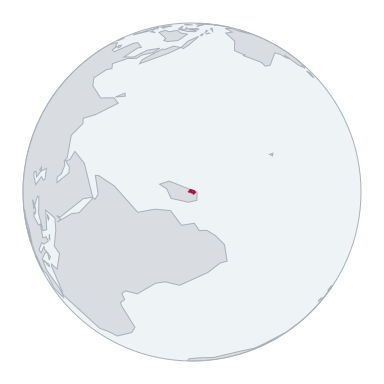 Atsimo-Atsinanana on an orthographic globe, rotated 273°
{"feature_id": "MDG-5867", "entity_name": "Atsimo-Atsinanana", "entity_type": "Autonomous Province", "adm_level": 1, "iso_a3": "MDG", "parent_name": "Madagascar", "parent_adm1": "", "projection": "orthographic", "projection_center": [47.076, -23.231], "detail": "fine", "context": "on_globe", "style": "filled", "palette": "rose", "viewbox_px": 384, "rotation_deg": 273, "n_neighbors": 0, "source": "natural_earth", "source_scale": "10m", "svg_char_len": 6552}
<svg xmlns="http://www.w3.org/2000/svg" viewBox="0 0 384 384"><g transform="rotate(273 192 192)"><circle cx="192" cy="192" r="169" fill="#eef3f6" stroke="#a8b0b8"/><path d="M23.2,198.9L23.5,196.4L25.3,197.9L26.7,207.4L27.9,222.3L35.4,247.9L39.2,262.3L44.6,272.6L55.1,290.1L56.9,293.4L60.8,298.0L65.5,303.7L67.9,306.6L72.1,311.0L73.8,312.8L65.1,303.5L57.0,293.6L49.7,283.1L43.3,272.1L37.6,260.7L32.9,248.8L29.0,236.6L26.1,224.2L24.2,211.6L23.2,198.9ZM74.2,313.1L75.5,314.2L84.2,322.1L88.2,325.0L96.1,330.8L98.6,332.3L99.5,333.0L101.9,334.7L104.0,335.9L104.3,336.4L102.4,335.2L92.5,328.5L83.0,321.1L74.2,313.1ZM105.7,336.2L105.2,336.9L104.6,336.2L99.6,332.9L101.6,333.2L105.7,336.2ZM92.9,327.0L89.8,324.1L90.4,324.2L92.7,326.3L92.9,327.0ZM159.5,26.2L154.2,27.3L151.5,28.1L152.1,28.2L143.2,31.3L138.1,32.9L140.7,31.1L133.8,33.4L136.0,32.6L147.6,29.0L159.5,26.2ZM183.0,23.3L181.6,23.4L178.6,23.6L183.0,23.3ZM176.4,23.8L179.0,23.7L179.8,23.5L182.5,23.4L186.1,23.1L188.3,23.1L188.2,23.1L191.1,23.0L191.5,23.0L204.1,23.5L216.6,24.8L229.0,27.2L241.2,30.4L253.2,34.5L264.7,39.5L275.9,45.4L286.6,52.0L296.8,59.5L306.4,67.7L315.4,76.6L323.6,86.1L323.8,86.3L328.8,92.8L331.2,96.2L335.5,103.0L337.2,109.7L333.0,107.9L333.6,110.0L329.9,105.0L328.0,107.0L337.5,125.8L338.3,130.1L333.8,133.9L333.1,130.5L323.3,117.0L323.7,126.7L331.2,139.8L333.9,152.4L329.1,145.7L326.1,134.7L322.6,129.6L321.9,120.7L316.0,105.9L311.0,105.5L309.9,100.5L300.9,88.0L292.8,87.5L281.1,95.9L282.0,109.0L276.8,113.6L264.4,91.9L259.9,79.5L254.7,79.5L242.4,68.5L219.3,65.5L216.6,62.7L212.1,63.6L203.6,60.7L199.7,56.5L194.3,56.7L204.7,68.1L210.6,68.2L216.4,64.1L218.1,68.4L226.4,72.9L215.0,83.0L181.7,93.1L179.5,83.6L159.9,61.5L161.1,59.1L161.0,58.8L160.9,58.4L157.9,62.5L154.9,58.8L164.2,73.0L165.3,80.2L181.2,93.7L179.4,95.4L184.9,98.4L203.6,94.6L203.5,98.0L194.0,114.1L168.9,138.9L172.9,156.0L172.3,171.5L158.2,183.3L160.9,195.9L153.9,201.3L154.5,208.8L149.7,217.7L141.1,227.2L124.8,230.7L122.6,223.8L112.6,212.3L98.2,184.5L100.9,170.0L99.0,160.4L87.4,142.7L89.8,130.7L87.0,127.2L81.1,130.4L78.0,126.4L74.5,127.7L53.9,142.1L48.5,139.2L44.3,125.0L48.6,115.2L51.0,107.1L82.5,68.7L87.4,67.0L110.1,55.8L112.6,55.6L108.0,61.3L123.5,62.9L130.8,57.3L146.8,58.0L158.7,56.5L166.3,46.8L146.9,48.9L145.5,45.3L162.6,39.9L179.8,39.4L179.8,38.0L170.5,35.6L176.1,33.2L167.5,34.8L169.8,35.8L164.4,37.1L162.0,36.3L164.1,35.3L159.4,35.3L150.7,40.7L152.1,42.3L138.6,45.4L139.7,48.6L135.4,51.1L132.1,46.6L133.7,44.6L126.2,42.2L123.3,44.5L130.2,47.1L127.3,47.5L123.5,51.4L124.1,48.7L117.3,46.0L106.3,50.9L89.4,64.4L83.6,68.0L80.0,69.0L89.0,59.1L101.1,52.3L104.4,49.5L104.5,48.1L108.1,46.4L109.6,45.2L114.4,43.0L123.6,38.3L128.9,36.3L134.8,33.3L138.3,32.1L133.8,34.1L133.4,34.7L146.7,31.3L150.0,30.3L152.8,28.8L156.1,28.3L157.2,27.4L166.0,25.8L156.1,27.2L159.1,26.3L165.7,25.1L176.4,23.8ZM69.7,84.2L68.3,86.7L69.7,84.2ZM197.0,44.5L208.0,45.4L205.0,40.3L209.0,40.4L206.5,38.8L204.7,39.9L198.9,36.0L204.4,35.1L204.0,33.4L200.3,33.1L191.2,35.5L199.5,40.9L196.1,42.8L197.0,44.5ZM114.0,42.1L111.0,43.8L104.8,47.3L114.0,42.1ZM120.1,39.1L119.4,39.4L119.2,40.1L116.5,41.7L105.7,47.0L110.7,44.2L109.6,44.6L115.9,41.2L117.7,40.3L120.1,39.1ZM116.7,52.9L118.9,52.5L122.5,51.3L120.2,54.0L116.7,52.9ZM111.8,51.1L114.0,50.1L112.4,52.9L110.2,53.6L111.8,51.1ZM116.5,47.5L114.2,49.9L114.1,49.0L116.5,47.5ZM135.9,33.4L138.4,32.6L138.1,32.8L136.2,33.7L135.9,33.4ZM162.3,48.6L158.1,50.7L156.6,50.0L158.4,49.4L162.3,48.6ZM137.6,51.7L142.6,51.9L136.9,52.5L137.6,51.7ZM233.6,267.6L235.0,270.8L232.3,270.5L233.6,267.6ZM201.7,168.6L192.1,197.0L183.9,197.3L181.6,188.7L184.6,171.4L193.8,166.6L198.1,159.3L201.7,168.6ZM350.4,197.4L351.7,200.5L351.5,201.1L350.4,197.4ZM349.1,192.3L350.9,195.2L348.5,193.5L349.1,192.3ZM351.5,196.4L353.4,197.7L354.2,197.7L353.8,199.1L351.5,196.4ZM347.7,190.6L338.7,181.2L334.7,175.7L336.0,173.8L342.5,180.1L347.7,190.6ZM335.7,173.4L329.1,160.8L317.4,133.0L321.7,135.5L333.3,155.2L332.7,157.0L336.7,166.0L335.7,173.4ZM350.2,172.7L349.4,179.1L344.8,173.3L342.5,169.9L341.0,159.5L341.9,155.9L343.9,157.9L349.7,150.7L352.1,157.0L350.8,160.7L352.6,168.9L350.2,172.7ZM282.8,110.5L287.2,119.9L284.2,120.4L282.8,110.5ZM350.5,144.0L349.2,147.0L349.9,141.7L350.5,144.0ZM350.1,138.2L350.9,141.4L349.3,137.2L350.1,138.2ZM334.9,113.9L332.9,112.6L332.1,110.6L334.3,111.0L334.9,113.9ZM339.1,109.5L341.8,115.0L342.4,116.5L340.1,112.1L339.1,109.5ZM313.0,306.5L318.9,300.0L317.3,303.4L312.9,307.4L313.0,306.5ZM330.9,288.2L322.8,298.2L321.5,298.1L324.0,294.6L322.8,295.2L324.8,290.9L331.4,280.8L330.0,281.4L333.9,277.1L330.6,279.8L334.1,272.9L335.3,267.4L322.7,263.4L321.5,258.6L325.2,254.3L330.9,236.3L331.6,237.6L335.4,227.0L344.8,226.8L352.5,217.4L353.8,223.8L357.2,216.6L357.3,223.2L355.1,230.4L352.7,242.7L356.8,229.3L353.4,241.8L349.2,254.0L344.0,265.9L337.9,277.3L330.9,288.2ZM353.6,204.2L356.0,202.0L356.7,203.5L353.6,204.2ZM358.5,220.9L359.1,215.3L359.5,213.6L360.2,207.6L360.1,198.4L360.1,193.7L360.5,194.1L359.8,186.9L360.7,190.5L360.6,199.2L360.9,197.0L360.9,197.8L358.5,220.9ZM359.8,205.2L359.8,206.1L359.5,207.3L359.8,205.2ZM358.1,188.8L357.9,190.5L357.6,187.8L358.1,188.8ZM358.7,189.4L359.6,195.2L358.5,190.6L358.7,189.4ZM353.7,172.0L354.3,177.3L356.1,177.8L354.7,179.3L355.5,188.7L354.8,190.7L354.2,180.7L353.1,188.0L352.2,186.4L352.2,178.7L353.4,171.8L354.2,169.9L357.3,174.5L353.7,172.0ZM358.9,184.0L358.5,178.1L358.7,175.5L359.1,179.2L358.9,184.0ZM356.7,163.5L354.8,155.5L353.8,155.3L355.1,152.4L356.8,160.5L356.7,163.5ZM353.9,149.4L353.1,149.1L353.5,147.1L353.9,149.4ZM352.4,146.8L351.6,142.9L352.6,145.1L352.4,146.8ZM354.5,150.7L353.4,144.9L354.6,149.4L354.5,150.7ZM349.1,134.2L352.7,143.7L349.3,136.5L345.7,124.9L346.9,126.6L349.1,134.2Z" fill="#d9dde1" stroke="#a8b0b8" stroke-width="1"/><path d="M194.2,190.1L194.1,190.6L194.1,190.8L194.1,191.0L194.0,191.4L193.9,191.6L193.8,192.1L193.5,193.1L193.4,193.0L193.5,193.1L193.3,193.8L193.2,194.2L193.1,194.3L193.0,194.5L192.9,194.6L192.5,194.3L192.4,194.3L192.2,194.2L192.1,194.3L192.1,194.5L191.9,194.5L191.9,194.8L191.8,195.0L191.7,195.1L191.5,194.9L191.4,194.6L191.2,194.6L191.1,194.4L191.0,194.2L190.9,194.2L190.7,194.1L190.4,193.9L190.2,193.8L190.2,193.7L190.3,193.5L190.3,193.4L190.9,193.4L191.2,193.4L191.4,193.1L191.4,192.6L191.4,192.0L191.3,191.5L191.3,191.3L191.6,191.3L191.9,191.4L192.1,191.6L192.3,191.6L192.3,191.4L192.3,191.0L192.3,190.6L192.1,190.1L191.9,189.4L191.8,189.2L192.0,188.9L192.1,189.1L192.5,189.3L192.8,189.4L193.1,189.4L193.2,189.7L193.6,189.9L193.9,189.9L194.2,190.1Z" fill="#f43f5e" stroke="#9f1239" stroke-width="1.5"/></g></svg>